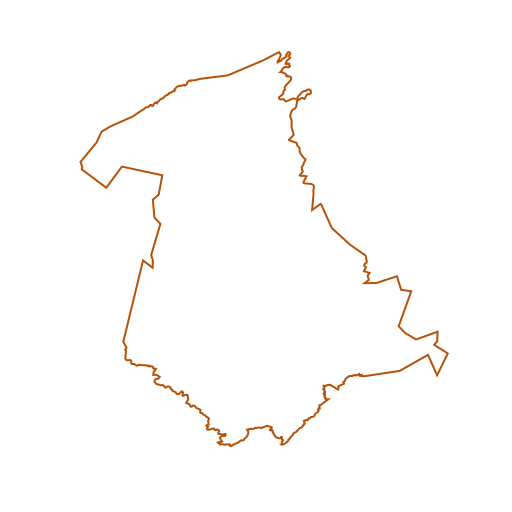 Moris, Chihuahua, Mexico (Equal Earth projection), rotated 73°
{"feature_id": "50627088B15555770686399", "entity_name": "Moris", "entity_type": "district", "adm_level": 2, "iso_a3": "MEX", "parent_name": "Mexico", "parent_adm1": "Chihuahua", "projection": "equal_earth", "projection_center": [-108.616, 28.165], "detail": "fine", "context": "isolated", "style": "outline", "palette": "amber", "viewbox_px": 512, "rotation_deg": 73, "n_neighbors": 0, "source": "geoboundaries", "source_scale": "gbopen_adm2", "svg_char_len": 6066}
<svg xmlns="http://www.w3.org/2000/svg" viewBox="0 0 512 512"><g transform="rotate(73 256 256)"><path d="M423.0,117.7L405.3,101.1L393.0,111.6L390.6,107.7L381.5,104.5L382.6,127.4L373.4,135.8L364.9,140.1L335.1,117.8L330.8,127.1L316.6,127.1L317.0,149.0L313.7,160.1L311.9,155.1L307.4,155.0L305.4,152.4L302.0,157.2L299.0,154.2L297.1,155.2L296.2,155.1L295.5,154.5L294.6,152.2L293.7,151.6L287.6,151.1L272.5,162.9L251.5,175.3L225.5,178.6L225.1,179.1L228.4,188.9L213.1,182.7L210.5,182.1L206.4,180.2L205.1,180.4L203.3,182.0L200.7,188.4L199.8,189.2L198.3,188.1L194.5,184.5L193.2,187.0L192.7,189.3L191.8,190.5L190.7,189.5L190.1,188.0L188.7,186.5L187.5,186.8L184.4,186.3L182.3,183.7L181.1,183.2L178.6,180.7L177.9,180.5L176.5,181.5L171.9,183.3L169.3,183.7L164.9,182.8L162.7,184.2L159.8,184.1L154.9,190.5L154.5,190.5L151.5,185.1L150.6,184.4L143.0,184.3L136.7,182.3L132.1,182.5L128.8,180.3L127.8,179.4L126.7,177.4L126.0,175.2L125.2,174.1L121.0,171.8L120.0,171.7L119.6,171.2L118.2,166.1L118.3,165.5L119.8,164.1L120.0,163.6L116.5,160.2L116.2,159.1L117.0,157.6L116.5,156.2L115.8,155.6L113.7,155.3L112.7,155.9L112.0,157.2L112.1,159.0L112.7,160.0L112.4,162.0L112.8,164.1L113.8,165.9L114.4,166.3L114.9,167.8L116.2,169.5L117.6,170.6L117.2,172.8L116.3,174.1L116.2,175.8L116.7,178.7L116.9,182.1L116.7,182.7L114.1,183.7L113.5,186.9L113.0,187.5L111.7,187.8L110.9,187.5L109.9,184.8L108.5,182.4L106.1,181.2L105.5,179.8L103.2,179.3L102.4,178.7L100.7,176.2L98.5,172.0L97.3,170.8L95.7,170.2L94.4,171.0L93.5,172.4L93.7,173.0L92.6,173.6L92.6,174.4L91.5,174.0L90.8,174.2L87.6,177.5L87.2,178.8L86.7,177.7L84.8,176.1L83.9,174.1L83.9,171.9L85.1,170.1L84.9,169.0L84.3,168.0L83.1,168.5L82.1,168.0L81.7,168.3L81.4,170.7L80.8,171.6L80.0,171.1L79.7,170.3L78.3,169.5L76.5,165.3L74.0,166.2L72.7,164.0L71.3,164.3L70.7,164.8L70.5,165.7L72.2,168.2L73.3,168.6L74.1,168.5L74.4,168.9L74.4,169.6L74.9,170.8L75.1,172.9L76.5,174.7L77.1,178.6L75.9,178.2L74.8,176.5L71.2,173.7L70.4,173.4L67.8,174.5L71.0,191.8L75.0,230.1L70.3,257.5L70.0,263.5L69.1,266.6L69.5,267.2L69.0,267.5L68.8,268.5L69.8,270.9L71.7,272.2L72.2,273.7L72.1,274.4L71.4,274.5L71.2,275.0L71.4,276.6L71.3,279.2L70.7,279.8L71.2,282.5L73.2,285.7L72.9,286.1L74.3,285.4L74.5,285.8L74.2,287.7L74.9,289.1L74.8,291.4L75.5,292.0L75.6,292.8L76.2,293.5L76.1,295.3L78.0,299.1L78.0,300.7L78.4,302.1L79.5,303.5L79.7,305.2L81.0,306.0L80.0,307.1L79.9,307.8L80.5,308.8L81.5,309.7L81.6,310.5L82.3,310.9L81.9,311.8L80.9,312.0L80.7,312.8L81.3,314.4L82.0,315.1L81.7,317.8L82.7,320.2L84.3,326.0L86.5,332.7L89.3,356.0L91.9,367.3L100.7,375.1L114.7,396.3L120.2,396.1L122.2,397.3L147.0,379.2L131.3,358.1L151.4,322.0L169.0,331.2L171.9,338.2L189.6,341.9L197.3,338.0L224.5,356.0L230.0,355.9L237.0,358.3L227.2,365.3L299.1,407.9L305.9,406.7L307.1,408.5L308.4,408.0L315.8,410.9L317.7,410.4L318.3,408.8L318.8,406.4L320.1,406.0L321.1,406.6L322.2,406.7L322.9,406.2L323.7,404.1L326.0,402.1L326.2,401.0L325.7,399.8L325.9,399.3L326.6,398.1L328.3,393.4L329.8,391.0L329.5,390.4L330.7,389.8L330.7,388.3L331.2,387.7L332.1,386.9L333.5,387.1L334.6,384.7L335.4,385.3L336.7,387.6L339.6,389.0L340.2,386.7L341.7,384.7L342.9,384.0L343.3,383.4L343.9,383.8L344.8,385.7L344.2,387.8L344.8,388.6L346.3,389.9L349.0,388.8L350.0,387.7L350.3,386.7L351.6,385.4L352.0,383.4L352.6,382.5L355.4,381.2L355.5,380.6L355.0,379.5L354.9,378.4L355.6,376.9L356.8,376.2L358.2,376.4L359.3,375.3L360.6,375.3L362.7,372.7L364.7,372.2L365.3,371.0L365.3,370.0L364.4,367.6L363.8,367.1L363.7,366.6L365.1,365.6L367.5,367.0L368.2,366.9L368.5,366.2L368.1,364.3L368.7,362.2L372.7,362.5L373.8,363.2L376.1,365.7L378.0,363.2L379.3,362.6L380.2,362.9L381.2,362.2L381.3,361.5L380.6,360.2L380.7,359.4L381.4,358.6L384.3,357.2L386.1,354.7L387.0,354.2L388.9,355.1L389.9,354.9L390.5,353.4L392.1,352.8L393.5,351.3L395.4,350.3L396.4,349.2L397.6,348.5L399.7,350.0L403.4,350.6L403.4,352.7L403.6,353.1L404.3,353.0L405.4,351.8L406.8,353.3L407.5,353.4L408.3,352.6L408.5,346.8L409.0,346.4L409.7,346.7L410.8,345.4L410.6,343.7L411.4,342.7L412.7,342.4L414.0,343.7L415.1,343.9L416.0,341.6L417.0,340.5L417.0,339.5L417.4,338.8L417.1,337.5L417.7,337.1L419.1,338.4L418.8,339.2L417.9,339.4L418.7,343.3L419.1,343.6L421.6,343.4L423.5,342.7L423.6,344.8L422.9,346.5L423.2,347.1L424.6,345.9L425.8,345.5L426.0,343.6L427.5,340.8L427.5,339.2L428.4,336.5L428.7,336.0L429.6,336.5L430.0,336.3L430.1,335.2L430.6,334.9L429.8,332.8L429.2,328.0L427.9,324.0L428.4,323.3L428.6,321.9L428.3,321.9L426.1,317.7L425.0,316.5L422.9,315.0L420.8,314.8L419.5,315.3L419.7,314.3L419.4,313.7L419.8,312.8L419.5,312.2L420.6,309.4L420.4,307.7L420.0,307.0L420.7,305.9L420.7,304.1L421.6,302.2L421.8,300.7L422.3,300.3L421.7,298.9L421.9,297.0L421.5,295.5L421.8,294.7L422.3,294.4L422.6,293.3L424.4,291.0L425.2,291.5L425.6,292.7L426.5,293.6L426.9,293.4L427.1,291.8L428.0,291.5L428.0,291.1L429.7,291.6L430.2,291.1L431.3,291.2L435.3,289.8L437.4,286.4L437.1,285.4L436.4,284.9L436.6,284.3L438.9,284.8L439.7,284.1L440.4,284.1L441.3,285.7L443.2,286.1L443.5,286.9L444.2,285.9L443.7,282.6L442.1,279.0L440.9,278.6L440.3,276.7L439.5,276.3L437.8,273.0L436.8,272.3L436.2,270.9L436.1,269.4L433.3,264.2L433.4,263.1L433.0,261.8L432.0,260.8L432.1,260.3L431.6,259.7L431.0,259.7L430.6,258.5L428.7,258.5L428.3,257.9L427.6,258.2L427.4,256.2L428.0,254.8L427.6,254.5L427.4,253.7L426.6,253.0L427.0,252.1L426.0,250.2L426.5,248.9L426.0,247.0L424.1,245.3L423.1,242.2L422.0,241.2L421.2,241.7L419.9,240.6L420.3,239.6L417.4,239.2L417.3,237.6L414.2,228.8L413.3,231.3L412.4,231.5L411.8,231.0L411.0,231.7L410.2,231.6L409.9,230.9L408.9,230.7L408.6,231.3L407.5,231.6L407.1,230.1L406.2,230.4L405.9,229.7L404.7,230.2L403.8,229.6L402.9,230.5L402.3,229.4L401.2,228.8L400.2,229.4L399.7,230.1L399.8,229.3L400.7,228.1L400.3,225.7L400.8,222.8L407.7,216.6L406.1,215.5L404.7,215.4L403.8,209.2L402.0,209.2L401.3,207.3L400.4,206.9L399.5,205.8L398.1,202.1L398.9,199.0L398.6,198.5L399.0,196.7L398.6,196.5L398.6,196.0L399.4,195.3L399.6,194.7L399.0,191.8L399.8,191.5L400.0,192.1L400.7,192.1L400.9,191.6L400.6,191.0L400.5,189.7L401.6,190.2L401.9,189.2L402.5,188.6L407.9,152.2L400.8,120.4L423.0,117.7Z" fill="none" stroke="#b45309" stroke-width="2"/></g></svg>